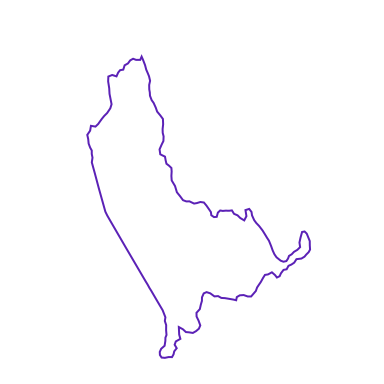 outline of Santa Cruz da Vitória, Bahia, Brazil, rotated 338°
{"feature_id": "56859067B68810500178661", "entity_name": "Santa Cruz da Vitória", "entity_type": "district", "adm_level": 2, "iso_a3": "BRA", "parent_name": "Brazil", "parent_adm1": "Bahia", "projection": "natural_earth1", "projection_center": [-39.793, -14.879], "detail": "fine", "context": "isolated", "style": "outline", "palette": "violet", "viewbox_px": 384, "rotation_deg": 338, "n_neighbors": 0, "source": "geoboundaries", "source_scale": "gbopen_adm2", "svg_char_len": 2730}
<svg xmlns="http://www.w3.org/2000/svg" viewBox="0 0 384 384"><g transform="rotate(338 192 192)"><path d="M101.8,334.1L104.7,335.6L108.6,336.3L111.6,337.6L114.1,335.6L115.8,333.1L119.3,331.1L118.7,327.1L121.0,324.5L126.2,323.8L126.7,319.4L128.0,315.7L129.2,312.3L132.1,315.8L133.9,319.6L136.5,320.9L140.0,323.0L143.7,322.5L147.2,321.3L149.7,318.8L149.9,313.7L149.6,309.2L150.9,305.7L155.4,303.5L158.1,299.6L160.4,296.7L161.8,293.4L164.9,290.4L168.0,290.3L171.0,292.8L173.7,297.2L177.2,298.3L179.5,301.2L182.7,302.7L186.3,304.9L190.0,307.2L192.4,308.9L194.2,306.2L197.6,305.7L201.3,306.9L204.5,309.7L207.7,311.0L210.6,309.5L214.1,307.7L216.6,304.9L219.4,303.0L222.1,301.2L225.8,298.2L228.6,296.2L231.6,296.9L236.0,296.4L237.9,300.2L238.7,303.1L241.7,302.9L244.0,300.7L247.7,298.5L250.8,299.1L253.8,296.6L257.0,296.5L260.3,295.8L263.7,293.4L268.5,294.7L272.1,294.1L274.5,292.8L277.6,291.5L279.9,289.6L281.2,285.7L282.8,281.6L282.8,277.8L282.8,273.6L281.6,270.8L279.1,270.3L275.5,275.0L272.7,279.1L271.6,283.6L268.0,285.1L264.1,285.7L261.1,287.1L258.0,287.6L256.1,289.7L253.6,291.4L250.7,290.9L248.5,288.9L245.9,284.2L245.1,280.6L244.9,276.5L245.1,271.8L245.1,266.0L244.4,262.5L243.8,258.7L243.0,254.1L241.5,248.7L240.0,244.9L239.1,241.4L238.9,236.1L239.7,232.8L238.7,229.1L234.8,228.8L233.4,234.8L229.8,237.9L227.0,234.2L225.5,230.7L222.8,228.0L222.1,224.0L219.4,223.3L216.2,221.9L213.5,221.1L211.2,219.7L208.3,220.8L205.6,224.3L203.0,223.5L201.2,220.8L202.0,217.7L201.3,214.4L200.3,210.0L199.1,206.2L196.0,204.4L192.4,204.1L189.6,203.5L186.1,199.7L183.2,198.6L180.6,196.2L179.5,191.9L177.9,186.6L178.5,180.1L177.5,173.7L178.9,169.4L180.8,165.4L181.9,162.0L180.5,158.9L178.9,156.2L179.4,152.9L180.2,149.1L176.7,145.2L177.9,140.3L181.7,136.6L184.6,134.0L186.5,129.8L187.0,126.2L188.3,122.7L190.6,118.4L192.4,113.4L191.3,109.1L189.8,104.4L190.0,100.3L189.8,95.1L189.0,91.7L189.1,87.0L190.2,83.8L190.8,80.9L192.4,76.7L194.8,73.2L195.5,68.6L195.5,65.1L195.4,61.4L196.0,56.8L196.1,50.9L196.0,47.6L193.5,50.1L189.6,48.5L187.3,46.4L184.0,46.8L180.8,48.8L177.0,49.3L174.1,52.8L171.0,52.1L168.3,53.6L165.3,56.5L161.8,53.6L157.7,53.6L155.7,58.0L154.1,64.8L152.3,70.1L151.2,75.8L150.3,80.5L147.6,83.8L142.9,87.0L139.1,88.6L136.0,90.3L132.8,92.3L130.5,93.8L127.0,95.2L123.1,92.8L120.5,97.0L116.3,99.8L115.6,104.0L114.3,108.4L114.2,112.7L114.6,116.0L113.3,119.2L112.6,122.9L110.2,127.0L108.9,138.3L107.0,153.6L104.3,177.8L104.6,182.0L105.5,188.5L109.9,219.2L111.1,227.3L115.5,257.2L116.2,261.4L116.6,265.0L117.2,268.3L118.9,280.0L120.5,290.6L120.4,298.2L118.5,301.4L118.2,305.7L116.2,310.5L114.8,315.0L112.8,317.1L111.5,320.1L109.0,324.3L104.7,325.8L102.2,328.2L101.2,331.1L101.8,334.1Z" fill="none" stroke="#5b21b6" stroke-width="2"/></g></svg>